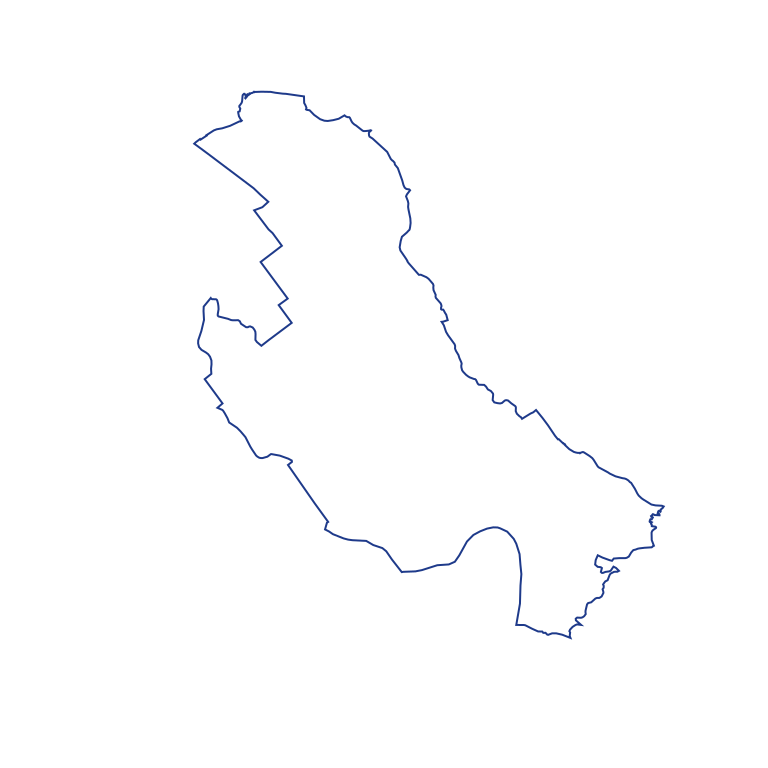 the district of Pardina, Tulcea, Romania, rotated 232°
{"feature_id": "2599482B7661903107032", "entity_name": "Pardina", "entity_type": "district", "adm_level": 2, "iso_a3": "ROU", "parent_name": "Romania", "parent_adm1": "Tulcea", "projection": "mercator", "projection_center": [29.053, 45.284], "detail": "fine", "context": "isolated", "style": "outline", "palette": "blue", "viewbox_px": 768, "rotation_deg": 232, "n_neighbors": 0, "source": "geoboundaries", "source_scale": "gbopen_adm2", "svg_char_len": 6099}
<svg xmlns="http://www.w3.org/2000/svg" viewBox="0 0 768 768"><g transform="rotate(232 384 384)"><path d="M104.3,454.8L105.0,457.6L101.8,462.4L98.2,467.0L97.6,468.3L97.3,470.7L99.0,475.0L99.6,478.2L98.6,480.4L98.0,482.5L97.2,484.1L94.6,488.4L90.5,494.4L90.5,495.8L90.7,496.1L90.4,497.1L96.2,498.9L102.1,503.3L102.7,504.2L103.2,505.5L103.2,507.5L103.0,509.5L103.4,510.1L103.8,510.2L104.5,510.0L107.1,507.5L108.6,508.5L109.2,508.3L110.1,508.7L110.2,509.9L110.8,509.6L111.4,508.6L111.7,508.5L112.0,508.6L112.1,509.1L112.9,509.5L113.4,510.7L112.7,511.2L112.5,511.6L113.3,513.7L113.6,513.7L114.7,512.9L115.5,513.1L115.4,514.5L115.8,514.9L115.9,515.7L115.3,516.2L114.2,516.5L110.9,520.3L111.1,520.5L111.8,520.4L112.1,520.8L112.6,520.7L112.9,520.4L112.7,519.7L113.2,519.6L113.5,519.9L114.8,521.7L114.8,522.7L114.6,523.0L113.7,522.8L113.1,523.1L113.2,523.5L114.7,524.8L114.7,527.2L115.0,527.5L115.0,528.1L115.3,529.0L117.0,528.0L121.2,523.2L124.4,520.5L133.4,517.2L135.4,516.6L139.3,516.0L141.8,516.2L146.9,517.2L154.0,517.9L155.2,517.4L157.5,517.2L159.8,516.4L161.3,515.5L163.0,513.9L168.7,509.6L174.5,506.7L176.2,506.2L186.3,501.8L187.8,501.7L195.1,502.5L197.4,502.5L200.6,501.7L206.9,499.5L207.9,498.9L208.2,498.3L208.7,496.9L208.8,495.8L209.3,495.8L210.4,494.3L211.9,493.0L213.6,491.8L218.6,489.9L223.9,489.1L224.7,489.0L224.8,489.4L225.3,489.4L225.4,489.1L226.9,488.9L226.9,488.6L233.0,487.7L233.3,487.0L237.9,486.9L250.5,487.8L259.5,488.0L269.9,487.8L269.8,484.1L270.5,481.3L271.6,471.3L273.5,471.5L275.2,470.9L278.8,470.4L281.5,471.1L284.2,473.4L285.1,473.8L285.8,473.8L290.4,472.4L294.6,471.6L295.7,470.7L296.4,469.7L296.6,468.8L296.4,465.3L297.2,463.5L299.1,461.6L301.6,459.6L304.4,459.7L308.3,463.4L309.4,464.0L312.7,463.9L315.8,462.5L319.1,462.8L321.6,462.4L324.8,458.6L325.3,458.2L326.6,458.1L330.6,459.0L331.7,458.8L332.7,457.9L336.5,455.6L338.4,454.9L340.8,454.3L344.9,453.9L346.7,454.0L349.5,455.2L350.9,456.2L352.2,457.7L353.3,458.2L358.1,459.4L361.0,460.5L365.9,461.1L368.2,461.8L370.2,463.5L371.8,464.1L383.1,464.5L386.9,465.0L393.4,467.3L397.5,467.7L396.7,469.0L395.1,473.5L400.3,475.7L402.6,475.9L405.2,476.4L406.2,476.4L407.0,475.3L407.7,475.0L408.9,475.8L410.0,477.3L411.5,478.0L412.7,478.3L420.0,477.9L421.3,478.5L422.4,479.6L427.4,480.8L429.6,482.2L431.2,483.7L432.7,484.2L439.4,483.9L442.0,483.2L447.4,480.3L448.6,478.7L464.0,477.8L466.2,477.9L466.6,478.2L469.3,478.5L479.1,479.1L482.1,480.5L486.4,485.2L489.0,488.8L489.3,495.2L489.8,498.2L489.7,498.6L490.2,499.6L491.7,501.3L494.5,504.1L498.3,506.7L506.4,510.7L508.7,512.0L511.3,514.4L513.6,515.5L518.3,516.9L519.3,518.8L520.6,523.8L521.8,523.7L523.9,521.7L526.0,521.2L528.7,521.8L533.2,523.7L545.6,527.8L550.2,527.7L552.0,528.6L554.3,528.4L555.1,528.1L557.2,527.9L564.9,529.4L584.5,526.1L587.8,524.9L589.0,525.2L591.0,526.5L591.6,527.4L591.6,529.2L591.8,529.9L592.2,529.7L593.0,527.9L595.0,524.7L595.9,523.6L596.8,523.1L605.0,521.1L606.8,520.4L609.2,520.0L610.8,520.1L614.8,521.0L615.6,520.9L616.8,519.5L618.4,518.6L620.0,518.3L620.9,511.6L623.2,506.4L625.9,501.6L628.2,499.1L632.0,496.7L639.1,494.6L645.5,493.9L647.5,492.0L648.4,491.6L649.3,492.9L652.0,493.7L654.6,494.1L659.9,498.0L673.0,485.4L675.1,483.0L680.4,477.7L683.9,474.6L689.6,467.6L693.3,462.5L694.2,461.6L693.9,461.3L694.3,460.8L694.4,459.6L695.1,458.2L695.0,457.3L695.8,456.9L695.1,455.7L695.1,455.3L695.7,455.4L696.4,454.9L696.4,454.4L694.9,453.1L694.4,450.7L694.8,450.7L695.1,452.0L696.0,453.1L696.6,452.4L697.1,452.7L698.5,452.8L698.9,452.3L698.7,450.7L698.2,450.0L694.3,446.4L693.3,445.1L692.5,442.6L692.3,441.4L691.5,440.6L689.5,440.3L687.7,438.1L688.2,436.7L687.5,436.1L684.2,434.5L680.2,433.9L679.1,434.1L679.0,433.5L679.2,432.6L679.9,431.9L682.2,421.7L685.1,413.9L687.7,409.0L688.6,406.0L689.4,397.2L688.9,397.2L689.5,389.9L690.3,389.9L690.4,384.3L690.2,382.4L674.1,386.9L618.5,401.8L609.4,403.1L598.8,405.0L598.2,397.0L600.8,388.6L576.9,388.2L571.6,389.1L555.8,388.6L556.1,361.9L510.6,360.7L511.0,349.6L489.0,348.9L489.6,320.3L489.6,310.9L495.3,309.7L497.9,309.8L502.4,313.5L504.4,314.8L506.7,315.3L509.4,315.3L511.8,314.0L512.3,313.1L512.6,311.6L513.7,310.3L519.5,308.4L522.2,309.0L524.0,308.4L527.4,304.0L528.5,302.9L531.4,301.2L539.1,295.2L540.2,295.1L541.3,295.9L544.8,299.7L547.4,301.5L549.7,302.8L552.3,303.9L553.3,304.1L554.2,303.8L556.6,300.8L557.6,300.3L558.4,300.4L556.0,289.6L552.6,286.7L545.3,281.6L538.2,272.7L532.8,264.5L530.4,262.5L527.0,261.0L523.3,261.2L518.4,263.1L515.7,263.8L512.6,263.7L508.8,262.5L505.7,260.2L502.5,257.1L498.3,254.2L498.2,245.7L468.1,244.8L467.8,238.1L463.2,240.6L462.1,240.8L459.0,240.5L453.4,239.6L449.0,238.3L440.1,241.2L435.1,241.8L430.9,242.0L427.4,242.1L417.0,240.1L413.5,239.7L406.4,239.2L404.8,239.5L402.7,240.3L401.4,241.4L400.4,242.7L398.5,247.4L398.4,251.6L398.0,252.2L391.7,257.8L384.1,262.6L380.5,264.2L379.3,263.5L379.3,258.5L332.4,255.9L309.7,255.1L309.8,253.6L305.7,248.0L301.6,249.9L297.1,251.3L287.2,257.1L283.5,259.9L280.4,262.9L271.3,273.4L263.7,276.4L255.7,281.7L250.8,282.8L240.8,282.2L224.8,282.2L224.1,283.6L217.0,293.4L214.0,299.3L208.4,314.4L201.9,324.0L200.3,330.4L202.6,337.8L208.8,352.4L210.0,361.5L208.7,369.1L206.6,376.2L203.8,381.8L201.0,385.2L198.7,386.7L191.8,390.2L182.1,390.9L176.7,389.9L166.5,386.1L157.4,380.1L149.6,375.2L141.2,367.5L127.2,355.9L112.7,339.9L107.9,345.9L106.9,346.8L100.0,350.0L94.1,353.1L91.5,356.3L89.8,356.3L88.5,358.1L86.2,358.3L85.3,358.9L84.0,363.0L81.5,366.2L76.7,370.1L69.1,374.6L71.1,375.2L73.6,377.7L75.1,377.9L75.9,379.4L76.5,383.1L76.2,386.5L75.7,388.1L72.8,391.0L79.6,389.7L81.0,390.6L81.0,392.4L78.5,395.3L77.9,396.8L77.8,398.8L78.5,401.3L80.3,402.4L81.4,403.4L85.3,408.3L85.7,410.0L84.4,412.9L84.8,418.5L84.3,420.1L82.8,422.1L82.6,424.7L84.3,428.3L85.4,429.0L87.7,429.9L88.2,431.6L89.7,432.9L91.1,433.2L91.5,434.2L92.2,436.8L91.7,439.4L94.5,444.0L95.1,445.8L94.3,449.8L92.4,452.3L92.1,454.1L96.2,453.6L98.8,452.4L97.3,447.7L97.7,446.1L99.6,442.8L100.4,440.1L101.2,439.3L102.4,439.2L104.8,442.4L106.2,442.0L108.4,439.8L111.7,439.2L114.9,442.4L117.4,447.0L112.7,449.3L106.3,453.3L104.3,454.8Z" fill="none" stroke="#1e3a8a" stroke-width="2"/></g></svg>